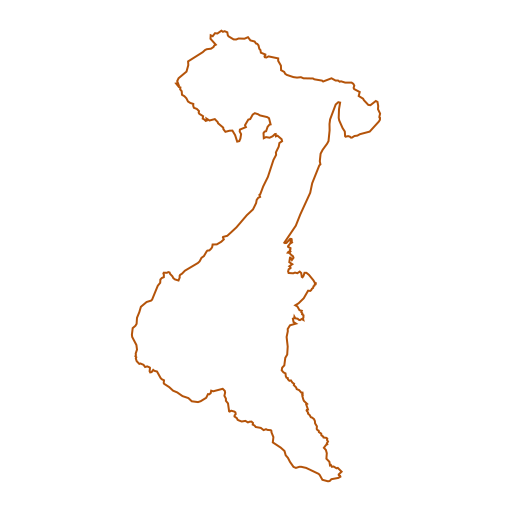 the district of San Luis, Tolima, Colombia
{"feature_id": "7082276B12035827893700", "entity_name": "San Luis", "entity_type": "district", "adm_level": 2, "iso_a3": "COL", "parent_name": "Colombia", "parent_adm1": "Tolima", "projection": "albers", "projection_center": [-75.105, 4.126], "detail": "fine", "context": "isolated", "style": "outline", "palette": "amber", "viewbox_px": 512, "rotation_deg": 0, "n_neighbors": 0, "source": "geoboundaries", "source_scale": "gbopen_adm2", "svg_char_len": 6033}
<svg xmlns="http://www.w3.org/2000/svg" viewBox="0 0 512 512"><path d="M176.1,83.5L179.0,87.1L180.4,87.5L180.2,89.4L181.7,91.2L182.0,94.8L184.4,96.2L186.4,98.3L188.0,101.5L190.4,103.0L193.3,103.9L193.2,105.8L193.9,107.8L196.8,108.9L199.0,111.1L198.7,112.7L199.3,113.8L203.1,116.2L202.7,118.6L204.3,119.5L205.7,120.9L206.8,120.5L206.5,118.6L209.5,120.5L214.8,119.1L217.7,122.1L218.1,123.3L223.2,127.6L223.4,129.2L225.4,131.8L229.6,130.7L232.4,130.6L235.1,135.1L237.2,141.6L239.3,141.1L240.4,138.5L241.1,134.1L239.7,131.5L239.9,129.6L245.9,127.1L245.0,125.2L248.3,119.6L250.2,119.1L252.7,114.6L254.8,113.2L258.0,114.2L259.9,115.4L267.2,117.1L269.0,118.2L270.6,124.4L269.4,124.7L267.6,126.8L266.1,131.2L264.6,131.6L263.5,133.1L263.8,138.2L266.0,137.1L269.6,137.7L272.6,136.3L274.9,134.1L275.7,134.0L275.9,136.3L277.5,135.7L281.6,139.2L282.1,141.2L279.4,143.0L278.7,146.7L275.9,152.4L276.1,154.9L273.5,159.8L267.9,176.9L263.2,186.4L260.3,194.1L259.4,194.9L260.1,196.9L258.2,197.8L256.7,199.9L256.1,203.1L253.0,209.4L246.8,215.2L236.4,227.4L227.3,235.8L223.1,236.9L222.9,237.4L223.8,239.4L221.2,241.8L216.8,244.4L212.6,244.5L212.2,247.0L211.3,248.5L209.4,250.4L207.4,250.6L206.7,251.3L203.9,256.1L201.5,257.8L199.6,261.4L197.9,263.0L184.9,270.7L182.0,273.7L180.2,274.8L179.6,275.9L179.7,277.5L178.5,280.5L174.9,279.4L173.3,278.1L172.4,276.3L170.1,273.9L169.6,272.5L168.3,272.1L166.9,272.8L163.8,272.7L163.4,273.4L163.9,274.9L163.8,277.2L161.8,278.0L160.4,279.5L160.2,282.8L157.8,285.7L152.1,299.6L151.1,300.6L146.6,302.0L140.9,306.8L139.3,312.2L137.0,317.8L136.6,323.8L135.4,325.8L132.7,328.1L131.9,334.7L132.2,337.0L136.4,345.0L137.0,349.6L135.7,353.5L135.9,355.2L135.4,356.2L136.3,357.2L135.8,358.5L136.7,361.2L139.3,363.9L140.4,363.5L143.5,364.8L145.1,367.0L147.2,366.4L149.6,367.4L150.0,367.9L149.6,371.2L150.2,372.4L151.6,372.1L153.2,369.9L154.3,370.8L157.0,371.5L160.6,378.0L161.7,379.2L164.0,380.3L163.7,383.0L164.1,383.8L169.2,387.1L173.1,390.7L177.2,392.4L182.5,396.1L188.4,398.1L191.8,401.3L198.0,402.1L200.7,401.2L206.2,397.8L208.0,394.1L209.3,394.3L210.7,393.1L211.2,390.7L213.2,391.3L222.7,388.8L224.8,390.9L225.1,392.6L224.4,395.8L225.9,398.6L225.9,400.8L228.0,403.4L229.1,411.3L229.7,411.6L231.2,410.7L234.4,411.6L235.4,412.4L235.7,414.1L234.6,415.4L234.5,416.5L236.9,418.2L237.6,419.8L238.8,420.4L241.7,421.5L245.4,420.9L247.9,422.4L249.7,421.7L251.5,421.6L253.0,423.0L252.7,424.6L254.5,425.5L255.7,427.0L260.8,427.9L263.6,430.1L266.0,429.2L267.4,429.9L270.8,430.2L271.4,430.9L271.5,432.4L273.4,437.1L272.8,442.4L280.7,447.6L284.5,451.0L285.7,455.3L287.9,457.8L290.0,461.9L293.5,466.9L295.9,467.9L299.4,466.8L301.2,466.8L306.1,467.9L318.5,473.8L319.6,474.8L322.4,479.8L328.0,481.3L329.7,481.0L331.4,479.2L338.4,477.9L340.4,476.7L340.1,475.9L338.8,475.2L338.7,474.4L341.6,471.7L337.8,467.9L336.5,468.3L333.6,466.5L331.9,466.8L330.9,465.0L330.0,465.4L329.4,461.8L326.4,458.7L326.8,453.2L325.9,450.0L323.9,447.8L325.9,445.1L327.3,444.2L326.8,443.3L328.0,441.6L327.0,439.9L327.3,438.7L326.5,437.9L323.5,437.5L323.1,436.5L321.4,435.3L321.2,433.6L318.9,432.1L318.7,430.7L317.3,429.9L316.7,428.9L316.9,426.3L315.1,423.4L314.9,421.1L314.0,419.1L312.1,417.6L310.8,417.2L309.7,415.1L308.0,413.6L308.1,412.6L306.6,410.6L306.8,409.9L308.0,409.6L306.2,404.4L307.1,403.9L304.0,401.0L303.4,399.8L302.3,395.9L302.7,395.4L302.2,394.6L302.7,394.0L302.5,392.6L301.4,392.7L299.1,390.1L296.7,389.1L296.1,387.4L293.8,385.1L294.1,383.8L292.4,382.6L290.9,380.4L289.4,380.8L287.9,379.3L287.8,378.1L286.5,377.7L285.8,376.2L285.5,373.4L283.5,372.4L281.7,370.3L282.2,367.6L284.3,365.4L285.3,357.8L287.2,354.6L287.7,346.6L286.6,337.0L287.8,331.3L287.7,329.0L290.0,325.3L296.0,323.6L293.5,322.0L292.9,318.7L294.2,318.2L294.4,316.7L295.3,318.3L297.6,318.7L299.0,319.9L300.0,320.1L301.7,319.0L303.3,319.9L302.9,318.3L303.4,317.7L303.5,315.3L302.1,314.3L302.4,313.4L301.3,312.2L301.8,310.8L299.5,310.2L297.4,306.5L295.3,305.3L298.6,303.3L303.7,298.3L308.1,290.7L310.3,290.9L311.2,290.1L311.9,288.8L313.1,287.9L313.5,286.3L314.5,285.6L314.7,284.5L315.6,284.3L315.8,283.2L314.9,282.9L313.4,280.3L308.9,274.8L306.4,272.8L304.5,272.8L303.5,275.9L302.5,277.3L301.8,276.9L301.2,273.0L299.7,271.6L297.4,273.2L295.0,272.6L293.2,273.3L288.6,273.0L288.1,271.3L288.7,269.2L290.5,268.2L290.5,267.3L289.3,266.3L292.3,264.2L289.3,262.2L290.0,257.6L290.6,257.6L291.9,260.0L293.5,257.8L293.0,256.3L290.4,254.2L289.8,253.0L287.8,252.7L288.4,251.9L289.9,251.9L290.5,251.4L289.8,250.1L290.4,249.3L290.5,248.1L288.2,247.0L288.0,246.3L290.1,243.6L292.1,242.4L291.9,241.9L290.6,241.7L290.8,240.8L291.8,240.1L291.5,239.0L290.2,238.8L286.5,242.9L285.0,243.1L284.3,242.7L295.8,225.7L300.3,214.4L310.2,192.8L312.2,183.2L319.3,165.4L320.4,164.4L319.8,161.2L320.6,153.7L322.7,149.7L327.1,143.7L328.5,141.1L329.6,130.3L329.5,124.0L330.1,119.4L335.7,104.5L338.3,102.2L340.1,102.6L339.0,109.2L338.7,117.9L339.2,120.4L342.6,128.1L344.8,131.5L345.1,136.2L345.6,136.7L348.1,136.1L350.0,136.7L350.9,137.6L351.9,137.6L354.5,136.0L357.4,135.6L359.9,134.2L369.7,131.6L378.9,121.5L379.9,119.8L380.0,117.9L379.4,117.5L379.4,116.6L380.1,113.6L378.0,109.2L378.2,106.0L377.5,101.9L375.8,101.0L370.4,105.2L368.3,104.9L363.9,100.2L363.1,98.7L358.7,96.0L359.7,92.0L354.2,89.1L353.6,87.9L354.3,85.6L353.3,83.8L351.6,82.6L345.2,82.6L341.0,81.3L339.7,81.7L338.0,80.5L335.5,80.5L331.5,78.3L323.1,81.5L322.0,80.6L314.3,79.3L313.0,78.5L303.5,78.3L300.9,77.2L297.0,77.6L293.4,77.1L286.8,74.9L285.2,73.8L284.2,71.9L281.1,70.2L280.9,65.6L278.2,60.9L278.2,58.4L268.6,56.4L266.3,57.5L264.8,57.2L264.5,56.2L265.4,55.2L265.4,54.5L260.9,52.7L260.4,50.0L259.3,48.8L258.5,45.4L257.3,43.9L256.0,43.5L254.6,41.5L250.4,40.4L248.0,37.2L244.5,38.7L238.6,38.5L236.1,39.5L233.6,39.4L228.5,36.3L227.8,35.2L227.3,32.3L224.6,31.2L222.9,31.8L221.4,30.7L217.4,33.5L215.0,33.2L212.7,36.2L210.7,35.3L210.5,38.8L215.8,44.7L214.3,45.5L213.5,47.0L211.0,48.7L206.8,49.2L205.1,50.0L202.7,52.2L188.1,61.4L188.3,65.1L186.5,71.6L178.6,78.2L177.2,81.1L178.3,84.0L177.2,83.3L176.1,83.5Z" fill="none" stroke="#b45309" stroke-width="2"/></svg>